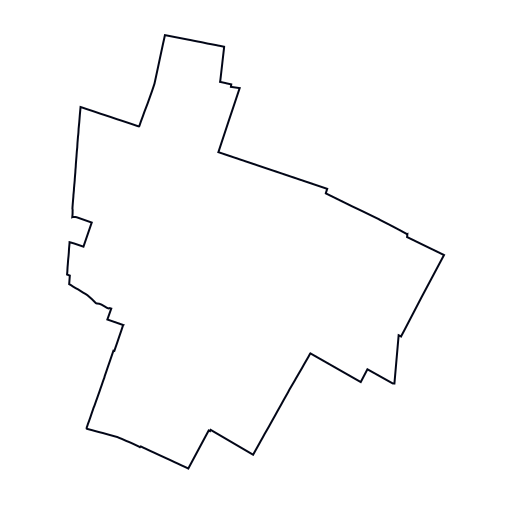 outline of Valcelele, Calarasi, Romania, rotated 273°
{"feature_id": "2599482B65802479293410", "entity_name": "Valcelele", "entity_type": "district", "adm_level": 2, "iso_a3": "ROU", "parent_name": "Romania", "parent_adm1": "Calarasi", "projection": "mercator", "projection_center": [27.174, 44.384], "detail": "fine", "context": "isolated", "style": "outline", "palette": "ink", "viewbox_px": 512, "rotation_deg": 273, "n_neighbors": 0, "source": "geoboundaries", "source_scale": "gbopen_adm2", "svg_char_len": 3783}
<svg xmlns="http://www.w3.org/2000/svg" viewBox="0 0 512 512"><g transform="rotate(273 256 256)"><path d="M183.2,405.1L184.0,405.4L188.9,407.7L203.6,414.4L224.0,423.7L245.4,433.7L266.8,443.7L282.8,405.9L285.7,406.0L285.8,406.0L285.7,405.8L285.7,405.7L285.7,405.4L285.8,405.3L286.0,405.2L291.7,393.1L294.8,386.3L296.8,381.8L298.8,377.3L299.0,377.2L302.5,368.9L305.9,360.9L308.3,355.1L310.7,349.2L314.4,340.6L322.2,322.4L322.3,322.4L326.8,323.6L345.0,258.5L357.7,213.0L390.3,221.9L403.6,225.6L422.8,230.9L423.2,226.5L423.6,222.1L424.9,222.2L426.1,222.3L426.9,217.4L427.1,216.6L427.4,214.7L428.0,211.0L429.7,211.2L445.9,212.2L449.4,212.4L460.5,213.1L462.7,213.2L463.3,213.2L463.4,212.5L463.6,211.2L464.0,208.8L464.1,207.7L464.3,206.3L464.4,206.0L465.2,200.0L465.6,196.5L466.0,194.2L466.4,192.0L466.8,189.4L467.1,186.8L467.4,184.7L467.7,182.6L468.2,179.5L468.6,176.4L469.5,170.0L470.4,163.5L470.8,160.7L471.2,157.9L471.5,155.7L471.8,153.5L467.5,152.8L463.4,152.1L451.5,150.2L439.5,148.3L429.5,146.7L425.8,146.1L422.8,145.6L419.8,144.8L414.8,143.4L402.4,139.7L393.8,136.9L389.7,135.7L384.3,134.0L380.4,132.9L379.7,132.7L379.4,132.5L379.3,132.4L379.3,132.2L379.6,130.8L380.6,127.4L381.4,124.6L382.0,122.4L383.3,117.7L384.2,114.4L384.7,112.5L385.2,110.5L386.4,106.3L387.2,103.6L388.1,100.2L388.9,97.3L389.9,93.4L391.0,89.6L391.7,87.2L392.5,84.3L392.8,83.2L393.9,79.1L395.1,74.9L395.6,73.0L388.0,72.7L380.3,72.5L374.0,72.2L371.9,72.2L369.8,72.2L367.3,72.1L366.5,72.0L362.9,71.9L359.3,71.8L355.0,71.8L353.0,71.7L351.0,71.6L345.6,71.5L342.2,71.4L338.4,71.3L335.5,71.3L332.6,71.2L330.0,71.2L327.2,71.1L323.7,71.0L321.7,71.0L319.0,70.9L317.4,70.8L316.4,70.8L314.6,70.7L311.7,70.7L307.5,70.5L305.4,70.5L302.9,70.4L299.7,70.3L295.8,70.2L294.7,70.2L294.2,70.2L293.8,70.2L293.6,70.2L293.3,70.3L292.8,70.4L291.8,70.5L290.9,70.5L289.2,70.6L287.4,70.6L285.2,70.5L285.3,70.7L285.4,71.1L285.4,72.3L285.5,73.7L285.3,74.9L284.9,76.3L280.8,90.2L256.3,83.2L259.0,73.7L260.0,69.1L258.4,69.1L253.5,68.9L249.6,68.9L246.2,68.8L242.4,68.6L237.9,68.5L234.8,68.4L230.5,68.4L227.6,68.3L227.2,69.5L226.7,71.1L218.1,70.9L217.2,72.8L216.0,74.7L214.4,77.7L213.4,80.0L210.4,85.2L209.1,87.9L208.6,88.7L208.1,89.6L204.4,94.3L201.5,97.5L200.6,98.5L200.3,99.2L200.2,100.6L200.1,102.0L199.4,104.2L197.4,108.1L196.5,109.7L195.9,111.5L196.3,112.6L195.9,114.2L184.8,110.9L180.1,127.0L180.0,126.9L174.5,125.4L168.6,123.7L161.8,121.8L157.0,120.4L153.8,119.5L154.0,118.6L147.7,116.8L143.1,115.5L140.0,114.6L136.9,113.7L134.4,113.0L132.6,112.5L128.1,111.2L126.5,110.9L125.0,110.4L122.7,109.7L120.9,109.2L118.4,108.5L115.4,107.6L113.2,107.0L109.5,105.9L105.1,104.6L103.2,104.0L100.4,103.2L97.7,102.4L97.2,102.2L95.8,101.7L93.6,101.1L91.2,100.4L88.7,99.7L85.8,98.9L81.8,97.7L79.7,97.0L78.1,96.6L76.4,96.1L76.2,96.0L75.9,96.0L75.5,95.9L75.1,95.9L74.9,95.9L74.7,96.0L74.4,97.0L74.0,98.9L73.5,101.4L72.9,104.0L72.2,107.2L71.7,109.7L71.2,112.4L70.6,115.0L70.1,117.2L69.6,119.4L69.1,121.7L68.5,124.4L68.1,126.3L67.9,127.2L67.5,128.1L67.0,129.5L66.4,131.4L65.1,134.7L64.5,136.2L63.8,138.4L63.0,140.6L62.1,142.9L59.9,148.2L59.4,149.4L59.0,150.1L59.8,150.9L59.3,152.1L58.4,154.2L57.9,155.6L56.8,158.2L55.5,161.4L54.3,164.5L53.0,167.7L51.6,171.2L50.5,174.0L49.3,177.0L48.3,179.6L47.2,182.3L45.9,185.4L44.7,188.5L43.7,190.9L42.8,193.1L42.2,194.7L41.2,197.2L40.5,198.9L40.2,199.5L79.3,217.9L78.7,219.2L80.0,219.8L57.4,263.5L69.2,269.3L71.1,270.2L75.1,272.2L78.9,274.0L81.6,275.4L86.3,277.8L89.0,279.1L94.7,281.9L97.3,283.2L102.3,285.6L108.3,288.6L113.7,291.2L116.9,292.8L121.5,295.1L124.4,296.4L133.4,301.1L134.8,301.8L135.7,302.2L137.0,302.9L141.3,305.1L146.5,307.8L150.6,309.8L158.0,313.6L161.2,315.1L161.6,315.4L135.6,367.2L148.7,373.2L135.9,399.2L135.9,400.9L184.3,402.6L183.2,405.1Z" fill="none" stroke="#020617" stroke-width="2"/></g></svg>